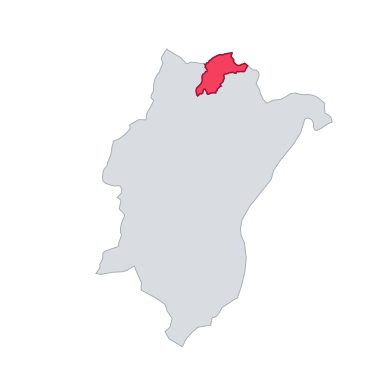 location of Kyustendil within Bulgaria, rotated 117°
{"feature_id": "BGR-2252", "entity_name": "Kyustendil", "entity_type": "Province", "adm_level": 1, "iso_a3": "BGR", "parent_name": "Bulgaria", "parent_adm1": "", "projection": "mercator", "projection_center": [22.877, 42.321], "detail": "fine", "context": "in_parent", "style": "filled", "palette": "rose", "viewbox_px": 384, "rotation_deg": 117, "n_neighbors": 0, "source": "natural_earth", "source_scale": "10m", "svg_char_len": 3647}
<svg xmlns="http://www.w3.org/2000/svg" viewBox="0 0 384 384"><g transform="rotate(117 192 192)"><path d="M308.2,240.7L302.1,239.6L299.9,240.0L298.5,241.5L295.7,241.2L292.1,241.2L288.4,242.9L286.4,243.7L283.6,242.1L278.5,237.3L275.4,233.9L273.1,233.1L270.8,234.1L262.5,235.2L260.6,237.2L256.7,239.3L252.9,240.4L247.4,241.1L244.5,241.0L242.8,242.0L241.5,245.2L240.5,248.2L239.7,249.5L232.8,251.0L231.3,252.7L230.9,254.5L231.0,256.2L225.5,254.5L221.3,255.6L220.3,256.9L219.4,258.8L219.9,260.8L221.5,262.8L222.9,268.1L223.5,273.3L222.6,276.3L219.4,278.5L212.9,280.8L206.6,279.7L203.8,280.6L199.1,280.9L194.8,281.5L188.2,283.7L182.3,285.0L176.9,280.6L170.5,277.6L163.8,275.8L161.5,277.1L160.5,278.1L154.9,274.2L152.4,272.9L151.2,271.4L148.9,266.2L147.5,266.0L142.9,267.9L138.4,267.9L135.7,267.5L127.8,267.7L126.7,271.3L125.7,271.8L124.0,272.3L119.8,272.1L114.4,274.7L108.6,276.3L104.1,276.3L99.4,275.5L96.6,276.1L90.6,276.4L86.7,280.2L80.8,280.0L75.8,279.3L76.4,278.1L77.4,262.9L79.9,256.2L79.8,254.8L79.3,253.7L77.1,252.6L75.5,248.9L72.2,239.2L70.3,237.3L65.2,235.2L60.6,232.4L56.8,228.7L49.7,219.5L53.3,218.6L54.4,216.7L57.9,211.7L58.3,209.2L58.0,207.8L55.6,205.4L53.9,200.0L55.2,195.1L55.3,192.5L54.1,190.0L55.3,186.8L57.9,185.1L59.5,184.6L66.2,184.2L70.5,177.9L73.1,175.9L75.8,172.3L77.0,170.9L78.2,168.1L78.6,165.3L73.2,161.2L71.4,158.2L69.0,154.9L65.8,152.5L59.3,148.6L56.8,144.5L55.7,139.3L53.9,135.3L52.1,132.7L51.7,130.6L50.9,128.0L50.7,122.9L52.2,116.1L53.2,113.7L55.4,113.0L61.3,109.4L61.6,104.7L62.6,101.8L64.5,100.2L66.2,99.0L69.4,101.8L77.2,106.1L80.9,109.2L80.8,111.1L79.0,113.1L75.6,115.0L73.6,117.4L73.1,120.5L73.6,122.7L75.9,124.6L89.9,122.1L104.0,123.4L123.0,127.6L135.6,129.1L144.9,127.2L162.1,130.7L178.1,134.0L193.5,134.9L202.1,132.4L208.1,128.9L213.4,122.3L226.2,113.7L238.7,108.8L255.1,104.9L266.0,103.5L267.5,104.9L281.4,112.8L287.6,112.9L292.6,114.3L294.4,116.4L295.7,116.9L302.3,114.9L305.3,119.3L309.9,125.4L317.7,128.5L324.7,130.3L326.9,130.6L334.3,130.4L333.2,145.6L328.8,152.6L322.2,150.3L313.7,152.3L309.2,160.2L306.6,162.6L304.3,165.4L302.9,175.7L302.5,192.6L299.3,194.6L296.4,195.2L284.1,210.0L291.1,214.2L294.3,217.3L299.4,226.0L306.8,235.9L308.2,240.7Z" fill="#d9dde1" stroke="#a8b0b8" stroke-width="1"/><path d="M49.8,219.6L50.7,219.1L52.6,219.1L53.4,218.8L54.0,217.9L54.8,215.6L55.5,214.7L56.2,214.4L56.7,214.3L57.2,213.9L57.7,212.9L58.4,210.7L58.5,209.4L58.3,208.4L58.0,207.6L57.4,206.8L56.0,205.8L53.6,203.6L53.4,203.5L53.6,202.3L54.2,199.8L56.0,199.7L58.2,200.0L60.0,199.8L61.4,200.6L62.0,202.3L62.8,203.8L63.6,204.7L63.8,205.9L64.6,206.8L65.9,206.5L66.7,207.7L66.6,209.6L67.3,210.7L68.2,211.9L68.9,213.1L70.0,213.7L71.0,214.7L71.7,216.0L72.8,216.7L74.1,216.4L75.9,214.9L78.6,214.7L79.6,214.4L82.1,215.2L83.0,215.8L83.8,215.7L84.3,214.0L85.6,215.1L87.0,215.4L88.2,216.0L89.5,215.9L90.3,215.7L91.0,216.1L92.1,216.1L93.0,215.8L94.6,219.3L95.1,219.6L95.4,220.2L96.2,221.0L97.2,221.4L97.8,222.7L97.4,223.5L96.4,223.8L95.9,224.9L94.4,226.8L95.1,228.2L97.1,227.9L99.2,227.3L100.3,228.3L101.2,229.8L102.6,229.9L103.8,230.5L103.3,231.9L102.1,232.7L99.9,234.5L97.3,235.0L91.5,233.1L90.6,233.3L89.8,233.2L88.8,233.2L86.5,234.4L85.2,235.3L83.8,235.7L82.4,235.8L81.2,235.0L79.9,234.5L78.6,234.6L77.8,233.5L76.6,233.5L75.3,235.7L74.9,237.0L74.0,236.8L73.2,237.6L72.6,238.4L72.5,237.9L72.3,237.6L71.8,237.3L71.5,237.3L70.8,237.5L70.5,237.5L70.1,237.2L70.0,236.8L69.9,236.4L69.6,236.2L69.2,236.1L67.1,236.2L66.8,236.1L66.6,235.8L66.4,235.6L66.2,235.4L64.9,235.1L62.6,234.0L62.2,233.7L58.3,230.9L57.3,229.9L57.2,229.7L56.6,228.7L56.0,226.9L54.3,225.7L49.8,219.6Z" fill="#f43f5e" stroke="#9f1239" stroke-width="1.5"/></g></svg>